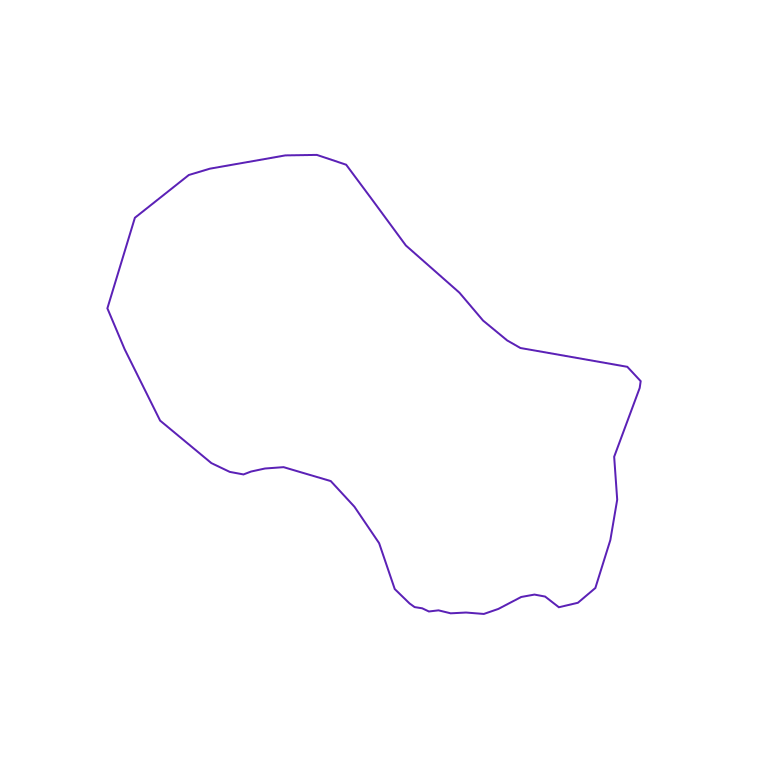 SVG path tracing the border of Semic, rotated 45°
{"feature_id": "SVN-984", "entity_name": "Semic", "entity_type": "Municipality", "adm_level": 1, "iso_a3": "SVN", "parent_name": "Slovenia", "parent_adm1": "", "projection": "orthographic", "projection_center": [15.185, 45.649], "detail": "fine", "context": "isolated", "style": "outline", "palette": "violet", "viewbox_px": 768, "rotation_deg": 45, "n_neighbors": 0, "source": "natural_earth", "source_scale": "10m", "svg_char_len": 727}
<svg xmlns="http://www.w3.org/2000/svg" viewBox="0 0 768 768"><g transform="rotate(45 384 384)"><path d="M409.2,269.1L440.3,266.1L455.0,262.1L543.9,199.8L563.5,200.5L567.6,206.0L598.2,272.7L630.7,300.9L654.4,334.3L677.7,378.8L675.8,401.6L665.5,418.2L648.2,420.4L639.3,426.5L631.6,437.6L623.9,462.2L617.2,476.0L603.6,487.6L593.3,499.0L582.6,505.5L576.6,513.1L569.6,515.6L563.4,520.1L557.3,521.1L536.6,521.4L493.1,500.0L449.9,491.7L415.0,490.3L371.8,513.8L359.6,527.9L351.9,539.9L348.6,547.3L337.1,555.2L317.9,562.0L251.6,568.2L176.0,542.8L134.9,526.1L90.3,442.6L98.2,374.2L108.6,354.9L152.6,292.1L174.5,269.5L202.2,255.7L245.7,262.1L301.5,270.6L372.7,266.1L409.2,269.1Z" fill="none" stroke="#5b21b6" stroke-width="2"/></g></svg>